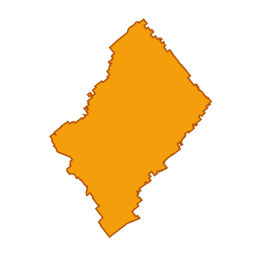 the district of Wagin, Western Australia, Australia, rotated 142°
{"feature_id": "25037944B63512656480867", "entity_name": "Wagin", "entity_type": "district", "adm_level": 2, "iso_a3": "AUS", "parent_name": "Australia", "parent_adm1": "Western Australia", "projection": "albers", "projection_center": [117.292, -33.275], "detail": "fine", "context": "isolated", "style": "filled", "palette": "amber", "viewbox_px": 256, "rotation_deg": 142, "n_neighbors": 0, "source": "geoboundaries", "source_scale": "gbopen_adm2", "svg_char_len": 4472}
<svg xmlns="http://www.w3.org/2000/svg" viewBox="0 0 256 256"><g transform="rotate(142 128 128)"><path d="M209.7,53.5L191.9,53.4L190.7,53.4L190.5,53.2L188.2,53.5L182.1,51.8L182.1,51.7L179.4,51.0L177.2,50.4L174.4,49.6L174.4,53.1L176.2,53.2L176.2,59.7L172.6,60.0L167.6,60.0L167.6,62.6L161.5,62.6L161.5,65.8L162.3,65.9L162.3,69.4L160.3,69.4L160.3,72.3L159.0,72.3L159.0,70.8L156.6,70.8L156.6,73.2L154.6,73.2L148.4,73.0L148.4,74.3L146.7,74.3L146.7,72.5L142.3,72.5L142.3,75.6L139.9,75.7L139.9,77.1L140.2,77.1L140.2,79.1L136.4,79.1L136.4,74.1L132.7,74.1L132.7,75.6L130.3,75.5L130.3,74.1L127.4,74.1L127.4,73.3L123.6,73.3L123.6,72.6L121.8,72.6L121.8,78.4L120.4,78.4L120.4,79.4L118.6,79.4L118.6,79.7L116.8,79.7L116.8,79.8L112.8,79.8L109.0,79.9L109.0,79.3L99.8,79.3L99.8,81.4L99.0,81.4L99.0,85.0L96.6,85.0L96.6,81.4L95.9,81.4L95.9,81.6L95.5,81.8L95.2,81.6L95.0,83.7L95.0,84.0L95.0,84.3L95.1,84.6L95.2,84.9L94.9,84.8L93.1,84.8L93.0,85.2L92.0,85.5L92.0,85.8L89.6,85.8L89.6,86.4L87.4,86.3L87.4,88.2L85.6,88.2L82.7,88.2L82.7,86.9L82.6,87.0L76.3,87.0L76.0,87.2L76.0,89.0L75.1,89.0L75.1,90.9L74.3,90.9L73.5,90.0L73.5,89.0L73.0,89.0L73.0,88.0L71.5,88.0L71.5,89.7L65.2,89.7L65.2,91.2L65.0,93.6L63.4,93.6L62.4,92.2L62.4,92.3L58.3,92.3L58.3,93.7L58.2,93.7L58.2,94.8L52.9,94.8L52.9,97.0L50.6,97.0L50.6,96.1L48.8,96.1L48.8,97.5L46.3,97.5L46.3,102.4L46.9,102.4L46.9,104.8L47.7,104.8L47.7,107.8L47.4,107.8L47.4,111.9L47.4,112.0L47.8,112.2L48.1,112.8L47.9,113.2L48.3,113.5L48.7,113.6L48.9,113.8L48.3,114.5L48.7,114.8L48.8,115.1L48.2,115.3L48.1,115.5L48.0,115.8L48.0,116.0L48.2,116.3L48.2,116.5L48.2,116.8L47.9,116.8L47.9,116.7L47.6,116.8L47.3,116.9L47.2,116.9L47.2,117.0L47.1,117.3L47.2,117.5L47.3,117.6L47.3,117.8L47.5,118.0L47.8,118.1L48.1,118.1L48.3,118.2L48.3,118.3L48.4,118.5L48.3,118.8L48.2,118.9L47.9,119.0L47.7,119.0L47.4,119.3L47.5,119.4L47.5,119.5L47.4,119.6L47.2,119.6L47.1,119.8L47.2,120.0L47.3,120.2L47.4,120.4L47.6,120.4L47.8,120.5L48.0,120.9L48.1,121.0L48.3,121.0L48.5,121.1L48.8,121.1L49.0,121.0L49.2,120.9L49.3,120.8L49.5,120.8L49.7,121.3L49.8,130.7L46.8,130.7L46.8,133.6L46.8,136.5L46.8,140.0L47.0,140.1L47.0,144.6L47.5,144.6L47.5,149.1L47.3,149.1L47.4,157.9L47.4,159.7L47.0,159.7L47.0,163.9L50.0,163.9L50.0,169.8L47.7,169.8L47.7,172.2L47.7,172.9L47.6,173.1L47.4,173.3L47.2,173.4L47.0,173.5L46.8,173.5L46.7,173.6L46.7,174.0L49.1,174.0L49.1,177.0L46.8,176.9L46.8,178.5L48.1,178.4L48.2,179.6L50.0,179.5L50.0,182.5L49.7,182.5L49.7,183.7L52.6,183.7L52.6,187.8L48.7,187.9L48.7,190.7L50.2,190.7L50.2,194.9L52.5,194.9L52.5,198.6L48.7,198.6L48.7,204.0L54.6,204.0L54.6,205.5L56.7,206.4L60.0,205.4L60.8,205.9L65.2,206.0L67.2,205.4L68.2,204.8L68.2,204.4L69.0,204.1L69.8,203.6L72.8,203.6L78.7,203.5L82.1,203.5L90.1,202.8L92.8,202.8L92.8,202.7L92.8,195.0L95.9,195.0L95.9,194.4L97.0,194.4L97.0,192.0L102.8,192.0L102.8,189.6L101.1,189.6L101.1,189.0L102.2,189.0L102.7,188.3L104.2,188.3L105.3,187.7L105.9,187.0L106.5,185.9L107.7,185.9L107.7,185.6L109.7,185.6L109.7,181.2L112.9,181.2L112.9,179.5L119.9,179.5L119.9,181.2L128.0,181.2L128.3,181.2L128.2,180.9L128.2,180.6L128.1,180.2L128.1,179.6L132.7,179.6L132.7,175.3L135.9,175.3L135.9,179.1L139.3,179.1L139.3,176.5L137.4,176.5L137.4,174.1L141.4,174.1L143.3,174.1L143.3,172.0L144.5,172.0L144.5,170.4L150.6,170.4L150.6,169.3L147.7,169.3L147.7,167.4L150.6,167.4L150.6,163.9L153.3,163.9L154.5,165.5L154.5,163.3L158.3,163.3L158.3,164.5L163.4,164.5L165.5,164.4L166.6,164.4L166.6,166.3L168.5,166.4L168.5,167.2L171.3,167.2L171.3,170.0L172.1,170.0L177.0,170.4L177.5,170.4L180.0,170.5L180.0,169.9L188.8,169.9L189.3,167.4L190.1,169.3L194.5,169.3L194.5,166.8L196.2,163.8L196.2,163.1L196.2,159.6L197.7,159.6L197.4,158.3L197.2,156.6L197.3,155.7L197.9,154.6L198.2,154.2L198.2,152.5L197.8,151.7L191.3,140.6L191.3,140.3L191.3,140.2L191.3,137.2L192.3,137.1L192.3,137.3L192.5,137.3L193.4,137.4L193.5,137.4L193.9,137.3L194.0,137.3L194.2,137.2L194.3,137.1L194.5,136.9L195.1,135.2L195.3,134.9L195.5,134.8L195.6,134.7L195.8,134.6L196.1,134.6L196.4,134.7L196.4,133.3L198.5,133.3L198.8,133.3L199.3,133.2L199.9,133.3L201.0,133.3L202.5,132.3L202.5,127.4L201.2,127.3L198.9,125.0L198.9,120.8L199.5,120.8L199.5,119.9L197.6,119.9L197.6,116.4L197.0,116.4L197.0,109.4L196.8,109.4L196.8,107.0L196.2,107.0L198.3,104.5L200.3,103.3L201.0,102.2L201.9,100.2L198.0,100.2L198.1,94.5L199.1,94.5L199.1,85.5L198.6,85.2L198.6,84.2L201.5,84.2L203.0,84.2L203.0,73.0L209.1,71.9L209.1,71.0L209.1,70.9L209.1,67.8L209.7,67.8L209.7,53.5Z" fill="#f59e0b" stroke="#b45309" stroke-width="1.5"/></g></svg>